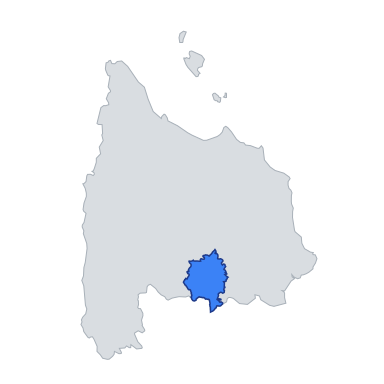 Cáceres highlighted on a map of Spain, rotated 266°
{"feature_id": "ESP-5811", "entity_name": "Cáceres", "entity_type": "Autonomous Community", "adm_level": 1, "iso_a3": "ESP", "parent_name": "Spain", "parent_adm1": "", "projection": "mercator", "projection_center": [-6.162, 39.756], "detail": "fine", "context": "in_parent", "style": "filled", "palette": "blue", "viewbox_px": 384, "rotation_deg": 266, "n_neighbors": 0, "source": "natural_earth", "source_scale": "10m", "svg_char_len": 8010}
<svg xmlns="http://www.w3.org/2000/svg" viewBox="0 0 384 384"><g transform="rotate(266 192 192)"><path d="M207.8,83.7L207.9,84.8L209.8,87.0L215.5,88.2L216.9,89.1L216.7,92.1L215.3,94.6L216.5,95.8L217.9,95.7L219.6,93.7L219.9,95.0L222.5,96.3L228.3,98.6L232.3,98.9L236.5,103.5L243.3,102.6L249.5,107.0L255.2,106.0L256.5,106.9L265.5,107.0L265.9,103.4L267.0,102.0L282.5,107.0L284.4,110.0L284.1,111.6L284.9,115.1L286.9,115.0L291.0,113.0L296.3,115.5L297.7,117.7L298.7,117.8L302.7,115.7L313.5,118.3L313.9,116.6L314.6,116.1L319.2,114.5L321.0,114.2L326.8,115.3L327.4,117.4L328.6,118.2L329.0,119.9L325.7,121.0L325.3,124.0L327.4,126.5L327.6,131.0L321.8,136.6L305.4,146.2L299.9,151.8L287.7,154.7L275.0,158.9L267.4,166.5L269.4,167.1L271.6,169.6L270.9,170.8L267.6,172.5L264.6,173.0L259.1,182.2L251.5,191.7L248.7,196.0L242.7,207.0L242.6,210.2L245.6,221.0L247.3,223.9L249.6,226.3L254.1,228.3L255.2,230.3L253.7,232.2L249.2,235.6L241.4,240.1L238.1,243.7L237.4,247.2L235.1,248.7L234.2,253.5L231.1,260.2L230.9,262.0L233.3,264.4L230.9,265.9L218.9,266.5L211.5,271.7L207.7,276.3L204.4,284.9L200.3,289.9L198.5,290.8L195.7,288.6L192.2,288.3L188.8,289.0L187.0,290.7L184.2,291.7L181.5,290.9L175.6,290.4L173.0,290.5L168.9,291.9L165.4,291.0L159.5,290.5L146.7,291.6L145.1,292.1L139.4,297.9L133.2,298.0L127.6,300.3L123.8,305.9L123.1,308.8L122.0,308.1L121.1,308.4L120.7,310.6L116.8,312.0L112.5,310.2L108.8,307.5L106.9,307.3L103.8,303.0L102.5,300.2L101.6,297.3L101.5,295.2L98.8,294.0L98.1,291.3L100.1,287.8L102.7,285.8L100.3,286.0L98.5,288.3L96.2,284.6L86.9,277.5L87.4,274.9L85.8,276.8L84.7,277.3L80.0,277.0L74.5,277.9L72.2,265.8L73.6,261.5L79.7,253.1L83.6,252.0L85.1,247.6L81.6,247.8L76.0,239.5L77.4,231.6L83.0,225.8L84.0,223.4L84.2,221.2L83.1,219.7L80.0,218.8L76.9,212.6L76.2,208.7L73.6,206.5L71.4,202.6L73.3,202.0L81.3,202.0L83.3,201.0L84.7,198.4L86.2,194.1L86.6,191.5L83.5,187.7L83.4,186.9L83.8,185.7L88.6,181.5L87.7,178.4L88.5,171.8L88.0,167.9L87.5,164.7L85.8,160.6L86.9,158.9L89.5,157.5L91.5,154.1L94.5,151.3L98.3,149.0L102.8,144.1L102.1,141.9L100.6,140.6L95.0,139.6L94.6,138.6L94.7,133.2L93.2,131.0L91.2,131.3L88.1,130.3L87.3,130.9L83.4,130.8L80.6,129.8L79.5,130.6L79.2,132.5L74.5,134.5L72.0,134.4L67.7,132.7L62.8,133.3L62.3,132.9L58.1,135.1L56.8,135.2L55.0,132.5L57.3,128.6L55.3,124.9L54.1,124.8L46.4,127.5L41.9,131.1L40.1,131.5L39.5,130.9L39.3,125.8L44.0,120.4L41.0,120.0L41.1,118.5L43.0,116.0L41.1,114.1L41.1,108.6L36.9,110.4L35.8,110.1L35.8,107.9L38.4,103.5L35.6,103.0L33.6,101.3L31.0,97.7L31.0,95.8L32.4,91.3L36.0,89.2L39.6,86.1L44.6,86.6L51.9,84.0L54.5,82.6L54.4,80.7L53.5,79.3L54.3,78.0L60.3,74.3L63.9,73.8L67.6,72.0L70.0,73.2L72.2,72.8L74.7,74.2L77.9,77.5L82.7,78.9L86.5,77.8L106.0,77.5L111.5,75.9L115.8,77.9L124.2,78.9L129.2,80.6L143.0,83.4L148.0,83.4L158.0,80.7L160.8,81.4L164.8,80.0L166.7,80.3L169.2,82.2L178.1,84.8L180.4,82.6L182.1,82.1L188.5,83.5L194.9,86.3L198.3,86.5L203.1,85.7L207.8,83.7ZM325.2,198.6L327.5,199.7L329.9,198.8L331.1,199.0L332.4,199.5L332.7,201.5L327.5,211.1L323.5,213.7L319.4,211.6L317.0,211.1L316.3,210.4L315.7,207.3L314.6,206.3L313.0,205.9L309.8,208.3L308.9,206.7L307.3,206.4L306.8,205.4L306.8,204.1L316.6,196.6L319.5,195.0L325.5,193.1L326.4,193.4L325.6,194.5L326.5,195.6L325.2,198.6ZM353.0,194.7L352.0,197.4L344.7,193.8L342.3,193.4L341.8,192.9L342.0,190.2L346.9,189.8L350.9,191.1L353.0,194.7ZM284.8,225.4L283.9,227.3L280.3,226.6L279.5,225.9L280.3,223.8L281.3,223.5L281.4,222.0L282.5,220.5L287.6,219.2L288.8,220.3L289.0,221.8L286.0,225.0L284.8,225.4ZM288.3,232.9L287.8,233.3L283.9,233.0L283.8,231.7L284.6,230.0L286.0,231.7L288.3,232.0L288.3,232.9Z" fill="#d9dde1" stroke="#a8b0b8" stroke-width="1"/><path d="M78.2,214.7L77.0,213.2L76.6,212.8L76.4,212.5L76.3,211.8L76.3,211.1L76.4,210.7L76.6,210.3L76.7,209.6L76.7,208.9L76.5,208.6L75.5,208.3L75.0,208.1L74.6,207.8L74.4,207.1L74.2,206.9L73.4,206.4L73.0,206.1L72.3,205.1L71.9,204.7L71.1,202.6L70.9,202.1L76.0,202.3L76.3,202.2L76.7,202.0L77.2,201.9L78.1,202.0L78.5,201.8L79.1,202.2L79.8,202.2L83.3,201.8L83.6,201.6L83.9,201.0L83.9,200.7L83.8,200.2L83.9,199.9L84.2,199.4L84.3,199.1L84.3,198.9L84.2,198.6L84.1,198.3L84.3,197.8L84.5,197.7L85.0,197.5L85.3,197.3L85.9,196.4L85.9,196.1L86.0,195.6L86.0,195.3L86.0,195.2L85.9,194.9L85.9,194.7L86.0,194.6L86.2,194.4L86.3,194.3L86.4,193.5L86.5,193.2L86.5,192.9L86.6,192.5L87.0,191.9L86.0,190.1L85.5,189.5L85.2,189.0L84.9,188.7L84.7,188.6L84.1,188.5L83.8,188.5L83.5,188.0L83.3,187.0L83.1,186.5L83.3,186.2L83.6,185.4L83.8,185.1L84.2,184.9L85.2,184.3L85.5,184.2L86.1,184.2L86.6,184.2L87.0,183.9L87.1,183.7L87.4,183.7L87.8,184.2L88.1,184.4L88.3,184.5L88.5,184.6L88.8,184.6L89.0,184.4L89.4,184.5L89.9,184.5L90.6,184.1L90.8,184.1L91.3,184.4L91.5,184.4L91.8,184.3L92.0,184.1L92.3,184.0L94.0,183.7L94.3,183.6L94.5,183.4L94.7,183.2L94.8,183.0L94.8,182.8L94.6,182.4L94.6,182.2L94.8,182.0L94.9,181.8L95.6,181.2L95.8,181.1L96.3,180.9L96.5,180.8L97.4,180.5L97.9,179.9L98.1,179.8L98.3,179.7L99.1,179.5L99.3,179.4L99.4,179.2L99.5,178.9L99.6,178.7L99.8,178.6L100.0,178.4L100.6,178.2L100.9,178.1L101.2,178.0L102.0,177.4L102.3,177.2L102.6,177.2L103.0,177.3L103.8,177.8L104.0,178.0L104.4,178.4L104.6,178.5L105.1,178.6L105.1,178.8L105.1,179.0L105.3,179.2L105.6,179.4L106.1,179.6L106.3,179.7L106.3,179.8L106.1,180.1L106.0,180.3L105.9,180.4L105.9,180.5L105.8,180.8L105.6,181.0L106.0,181.3L106.8,181.6L107.4,182.0L107.7,182.2L107.9,182.5L108.2,182.7L109.0,183.2L109.7,183.4L110.0,183.4L110.4,183.1L110.5,182.9L110.6,182.7L110.7,182.3L110.9,182.1L111.0,182.0L111.8,181.8L112.3,181.5L112.6,181.5L112.8,181.5L113.0,181.8L113.1,182.1L113.1,182.4L113.1,182.6L112.8,182.9L112.9,183.1L113.0,183.3L113.5,183.3L114.4,183.0L115.3,183.4L116.0,183.9L116.8,184.6L117.3,185.3L117.9,185.7L118.8,186.0L119.8,186.0L120.1,185.9L120.3,185.8L120.6,185.5L120.8,185.3L121.6,184.6L122.8,184.2L123.2,184.2L123.3,184.3L123.3,184.5L123.1,185.2L123.0,185.4L123.0,185.6L123.1,187.0L123.2,187.4L123.4,187.6L123.5,187.9L123.9,188.5L123.2,188.9L123.1,189.0L123.0,189.3L122.9,190.0L122.8,190.3L122.9,190.6L122.8,192.3L122.4,194.6L122.4,195.4L122.5,195.8L122.7,195.7L123.2,195.6L123.8,195.6L124.0,195.6L124.4,195.9L124.5,196.1L124.8,196.4L124.8,196.6L124.7,196.8L124.5,197.3L124.3,197.5L124.3,197.9L124.2,198.2L124.2,198.5L124.1,199.2L124.2,199.5L124.3,199.6L125.1,199.8L125.5,199.8L125.7,199.7L126.0,199.2L126.7,198.6L126.9,198.5L127.3,198.4L127.5,198.5L127.8,198.8L127.9,199.2L127.9,199.5L127.7,200.0L127.8,200.2L128.1,200.5L128.3,200.8L128.3,201.1L128.3,201.3L128.2,201.5L128.1,201.9L128.1,202.6L128.0,202.8L127.9,203.0L127.6,203.6L127.5,203.8L127.3,204.0L127.2,204.2L127.0,204.5L126.9,204.7L127.0,204.9L127.1,205.1L127.3,205.2L127.7,205.5L127.9,205.6L128.7,206.8L129.3,207.3L129.6,207.6L129.8,207.8L130.1,208.0L130.6,208.2L130.7,208.3L131.1,208.9L131.8,209.7L132.0,210.0L132.3,210.4L132.5,210.5L133.0,210.9L131.8,211.6L130.3,211.8L129.7,210.9L129.3,210.7L129.0,211.1L128.9,211.4L128.9,212.0L128.9,212.3L128.7,212.5L128.3,212.9L127.4,213.4L125.8,213.4L124.0,212.9L123.6,213.0L123.4,213.7L123.2,214.9L123.3,215.1L123.4,215.5L123.4,215.9L122.8,217.0L122.2,217.7L121.9,217.9L121.1,218.1L120.5,217.7L119.4,216.5L118.8,216.4L118.2,216.5L117.1,217.2L117.2,217.3L117.9,218.4L117.9,218.7L117.6,219.4L117.4,219.7L117.1,219.8L116.3,219.8L115.3,220.4L113.4,218.8L112.4,218.5L112.0,219.3L111.3,219.8L109.7,220.4L109.3,219.6L108.2,220.9L107.8,221.0L107.7,220.9L107.4,219.0L105.8,220.3L104.5,222.0L103.9,221.1L103.2,221.1L102.8,220.9L102.4,220.2L102.0,219.9L100.9,219.9L100.5,219.4L100.4,218.9L100.3,217.3L99.1,218.0L95.3,217.6L95.2,217.8L94.9,218.2L94.7,218.2L94.3,218.1L94.2,218.0L94.2,217.8L94.2,217.6L94.1,217.4L92.2,216.8L91.7,217.5L89.6,217.1L89.4,216.8L88.9,215.6L89.8,214.4L90.0,213.7L89.8,212.9L89.4,212.5L88.9,211.4L88.5,211.1L88.1,211.0L87.2,211.2L86.8,211.2L83.0,209.5L82.5,210.2L83.3,210.7L83.5,210.8L83.6,211.0L83.6,211.5L83.2,213.1L83.1,213.3L82.9,213.4L82.4,213.3L82.3,212.7L82.4,211.3L81.8,211.2L81.3,211.3L80.3,211.9L80.3,212.0L80.1,212.3L80.1,212.7L80.4,213.0L80.5,213.2L80.4,213.3L79.3,214.8L78.2,214.7Z" fill="#3b82f6" stroke="#1e3a8a" stroke-width="1.5"/></g></svg>